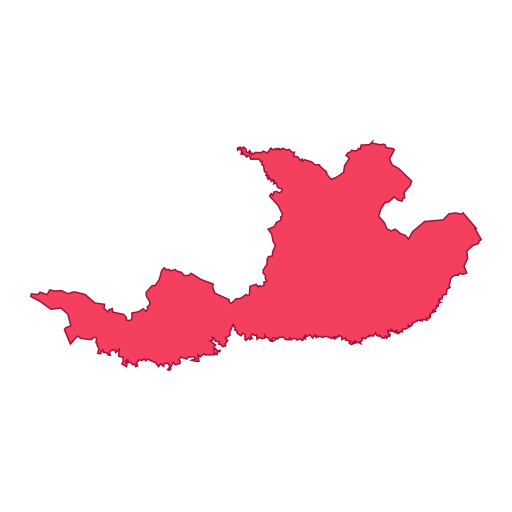 the district of Tejupilco, México, Mexico
{"feature_id": "50627088B9468705483198", "entity_name": "Tejupilco", "entity_type": "district", "adm_level": 2, "iso_a3": "MEX", "parent_name": "Mexico", "parent_adm1": "México", "projection": "orthographic", "projection_center": [-100.226, 18.891], "detail": "fine", "context": "isolated", "style": "filled", "palette": "rose", "viewbox_px": 512, "rotation_deg": 0, "n_neighbors": 0, "source": "geoboundaries", "source_scale": "gbopen_adm2", "svg_char_len": 6101}
<svg xmlns="http://www.w3.org/2000/svg" viewBox="0 0 512 512"><path d="M360.9,343.7L360.1,342.0L362.1,340.5L361.9,337.9L365.5,338.7L367.3,336.7L369.4,336.6L369.2,335.3L373.1,336.1L375.6,332.8L376.5,335.1L378.6,336.2L379.4,335.3L381.9,337.8L384.3,338.2L385.8,336.0L386.8,338.3L388.5,335.6L389.7,336.5L390.2,334.4L388.1,333.0L387.9,330.8L388.8,331.6L389.6,330.2L390.8,331.5L391.8,329.5L392.6,331.3L394.9,332.1L394.6,331.2L396.7,330.5L395.5,332.6L397.7,332.3L397.3,333.4L398.3,333.7L401.0,331.3L402.5,331.9L402.4,329.5L403.6,328.7L405.3,329.2L408.7,327.3L408.5,325.3L410.3,326.6L412.5,324.5L412.2,323.2L419.1,320.0L420.4,320.8L421.2,319.7L422.3,320.9L423.2,319.4L427.1,320.2L426.5,318.2L428.9,318.8L429.5,315.8L430.5,316.8L430.3,313.7L432.9,312.4L432.9,311.1L433.6,312.2L435.6,311.2L434.2,310.2L436.5,308.0L436.5,305.8L438.2,306.3L438.5,303.2L440.8,302.3L439.4,301.9L438.8,299.0L440.3,299.8L442.1,298.7L442.5,295.2L446.2,294.2L447.1,289.1L450.1,287.4L449.0,286.2L451.0,278.0L454.5,275.2L458.2,275.3L460.2,273.3L463.0,274.3L466.8,272.9L464.0,266.3L467.6,258.3L466.7,251.1L472.6,245.7L478.6,243.4L479.1,240.9L481.3,239.7L475.0,228.7L476.3,228.5L463.0,212.8L461.5,214.3L455.9,212.9L449.0,213.8L443.0,219.9L424.6,221.5L412.6,231.7L408.5,239.1L405.3,235.4L400.7,233.7L395.1,229.1L391.1,231.0L386.9,228.8L384.3,222.6L378.7,216.2L380.9,208.9L384.8,202.8L389.1,201.7L394.3,196.9L398.1,200.1L402.0,201.1L403.0,198.3L404.7,197.9L404.2,192.4L410.4,185.0L411.6,181.0L398.7,168.6L392.0,164.8L389.5,158.7L394.4,149.8L393.2,148.6L386.2,147.7L385.4,145.1L383.7,144.1L380.9,144.8L372.1,143.2L372.5,141.7L369.5,144.7L361.1,145.1L360.2,149.2L358.3,148.3L357.7,150.1L355.2,151.0L351.5,150.3L350.3,152.2L348.2,152.5L346.1,155.4L349.4,158.2L344.6,165.7L343.6,172.3L336.5,177.3L331.1,179.3L326.8,174.4L326.6,172.0L320.0,166.4L319.6,164.8L314.9,164.8L311.6,161.8L304.4,159.7L302.4,161.4L302.2,159.1L300.2,160.3L297.7,156.8L293.5,156.2L294.5,152.2L292.3,152.4L289.2,149.4L286.9,150.1L282.6,148.2L279.9,150.1L279.4,148.6L278.1,149.3L277.2,148.3L276.0,149.8L274.9,148.7L272.7,150.0L270.9,148.1L267.3,152.9L263.3,151.1L261.3,152.6L255.1,152.4L253.7,154.1L252.3,153.2L251.6,154.7L249.7,153.4L250.7,152.3L249.8,150.6L248.2,152.6L246.9,152.5L245.6,148.6L243.6,147.1L242.3,148.6L240.2,147.1L237.4,148.2L237.7,150.1L238.7,149.3L241.6,150.3L241.2,153.7L242.9,152.4L242.4,154.2L243.6,153.9L246.8,157.1L248.0,155.7L249.5,156.0L250.7,159.2L258.9,159.1L261.2,162.2L262.2,161.4L261.9,164.7L263.5,165.6L264.5,171.8L266.9,172.6L265.8,175.1L267.7,175.4L266.9,176.0L267.7,178.5L269.0,177.4L268.9,179.3L270.0,178.6L270.6,179.8L272.9,179.8L271.6,181.2L274.3,180.7L273.6,183.9L276.2,182.8L277.6,187.3L282.1,189.3L282.3,190.5L279.5,193.0L276.5,191.4L273.8,192.1L272.8,195.3L271.1,193.6L269.6,196.1L278.1,205.4L282.3,214.0L281.9,216.6L280.8,216.8L280.9,220.3L276.7,222.1L274.0,226.7L268.1,229.2L271.7,234.1L273.1,241.5L275.4,245.5L272.6,252.0L272.3,256.0L268.5,256.6L267.1,259.4L267.0,264.3L263.2,270.0L263.1,273.0L265.6,275.7L265.2,278.2L266.6,281.4L263.8,282.1L264.2,284.9L261.4,286.5L259.3,285.7L258.4,287.0L256.1,284.3L250.0,286.3L249.3,294.9L247.8,295.7L246.2,294.4L240.6,298.4L235.9,298.9L231.1,303.6L229.5,302.2L229.1,299.7L214.7,293.1L212.5,286.4L213.4,284.3L212.2,283.6L201.2,279.6L191.1,273.3L188.4,275.6L183.8,275.4L181.6,272.4L176.5,271.0L175.4,269.6L170.2,270.8L169.5,269.5L166.9,269.8L164.0,267.8L161.6,270.8L159.3,279.5L155.3,285.4L152.1,285.6L146.2,292.3L146.2,295.8L149.7,301.6L149.7,304.6L147.2,306.9L147.8,308.9L145.9,311.4L143.3,308.8L138.6,311.7L131.9,313.0L132.0,318.5L130.4,320.5L126.7,320.3L126.0,317.0L123.4,314.3L112.6,312.1L112.3,308.6L109.1,309.7L108.0,312.2L104.0,308.3L104.6,304.3L94.9,303.0L85.2,294.5L74.4,291.8L67.7,293.7L61.6,290.6L54.4,291.0L49.8,289.9L47.2,294.6L39.9,292.2L38.1,294.5L31.5,293.9L30.7,296.4L40.8,301.8L51.0,309.3L60.7,308.0L67.8,314.0L70.8,325.8L65.9,327.7L64.4,329.6L70.4,344.1L77.5,336.0L80.9,338.4L91.2,339.7L93.6,337.5L95.9,337.6L96.7,338.6L95.9,342.7L97.4,343.5L97.0,345.1L98.9,348.5L97.7,353.4L100.7,353.7L101.3,350.8L103.0,349.9L103.2,352.3L107.2,353.0L108.0,355.0L110.3,355.3L109.5,352.4L111.0,350.6L114.6,349.6L115.7,352.6L119.3,349.2L118.6,356.2L123.0,357.3L123.2,361.3L121.9,363.9L126.5,366.7L126.9,364.4L125.6,361.4L126.9,359.6L128.1,359.9L127.2,362.9L130.3,362.2L132.8,364.7L135.1,364.4L135.5,366.6L137.7,365.9L136.5,362.8L139.5,359.7L141.6,360.5L144.3,359.0L145.7,360.8L147.9,359.2L155.8,362.9L158.5,366.6L160.4,363.9L163.7,366.4L163.9,363.6L168.0,363.3L169.9,366.8L167.6,369.6L168.9,370.3L170.7,369.3L170.6,367.2L173.3,362.3L175.4,364.8L179.9,363.5L180.2,361.3L178.7,359.6L180.7,357.2L187.1,359.0L188.0,357.2L193.6,356.8L196.0,358.7L191.5,360.2L197.1,361.6L199.0,361.1L198.0,354.9L200.2,356.8L204.0,353.7L205.3,354.9L213.5,354.8L214.7,351.8L214.3,354.5L217.0,354.6L217.7,351.9L219.9,351.5L220.1,350.3L217.3,351.1L215.4,348.4L213.8,349.8L213.8,346.7L215.6,344.9L210.0,340.9L213.0,340.0L212.5,337.3L214.8,339.0L215.3,341.3L219.2,341.8L218.8,344.1L220.9,344.6L222.5,346.7L225.7,345.8L225.2,343.7L227.7,340.7L225.4,337.8L230.0,335.3L229.7,332.5L233.5,323.5L233.7,326.2L235.3,328.0L234.8,330.0L236.5,330.5L237.4,333.4L241.0,335.8L242.9,333.3L245.1,334.5L244.9,339.2L245.9,340.5L248.7,337.7L249.8,339.6L252.2,338.5L250.7,337.0L252.4,333.9L254.6,335.4L256.4,335.1L257.1,339.3L259.1,337.2L261.4,338.6L264.2,338.3L264.9,335.4L265.6,337.4L268.0,337.5L270.3,341.0L272.5,341.5L274.0,340.6L271.1,339.8L273.7,337.6L275.8,339.6L276.8,338.0L278.3,338.8L279.1,337.2L283.7,337.2L285.3,339.5L289.1,339.8L289.6,337.8L291.2,339.9L292.0,338.8L295.9,338.6L296.9,340.0L300.8,338.7L302.0,340.5L303.8,339.5L303.7,338.0L305.5,338.6L304.4,336.8L305.4,335.3L306.0,336.8L310.1,334.9L312.7,338.1L314.2,335.3L316.2,337.4L316.7,335.8L317.8,337.1L319.8,336.3L322.5,337.4L326.4,336.2L331.7,338.5L332.4,337.2L334.8,339.1L335.4,338.2L334.0,337.9L334.2,336.7L336.6,337.8L337.1,336.4L338.7,336.9L338.9,335.3L341.9,336.6L341.8,339.6L345.5,337.8L345.4,340.0L350.5,341.2L349.1,343.0L351.1,344.6L355.1,343.0L352.9,342.5L355.0,340.8L356.7,342.8L357.3,341.9L360.9,343.7Z" fill="#f43f5e" stroke="#9f1239" stroke-width="1.5"/></svg>